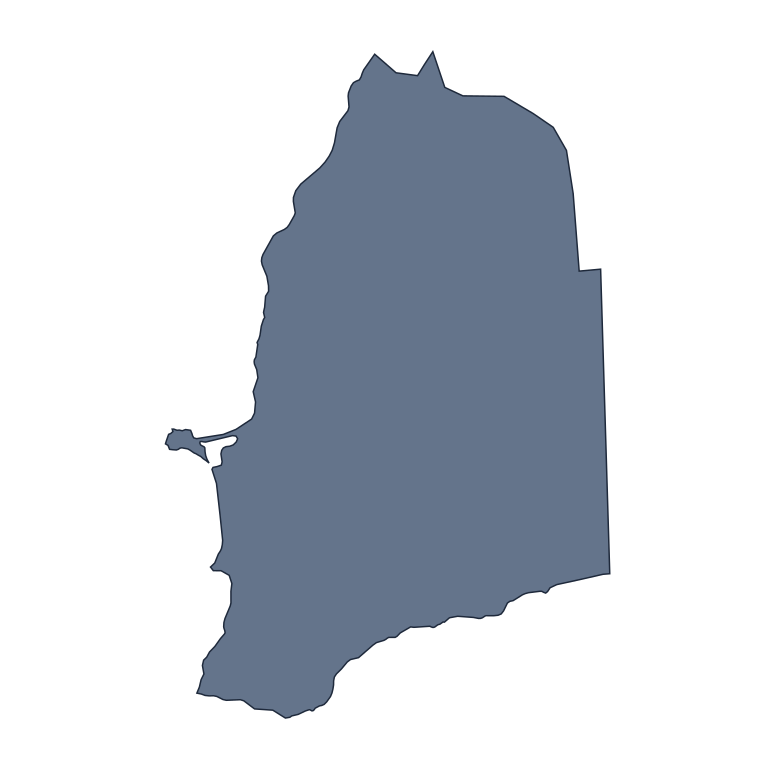 outline of Bari, rotated 178°
{"feature_id": "SOM-1", "entity_name": "Bari", "entity_type": "Region", "adm_level": 1, "iso_a3": "SOM", "parent_name": "Somalia", "parent_adm1": "", "projection": "orthographic", "projection_center": [50.532, 10.16], "detail": "fine", "context": "isolated", "style": "filled", "palette": "slate", "viewbox_px": 768, "rotation_deg": 178, "n_neighbors": 0, "source": "natural_earth", "source_scale": "10m", "svg_char_len": 3374}
<svg xmlns="http://www.w3.org/2000/svg" viewBox="0 0 768 768"><g transform="rotate(178 384 384)"><path d="M163.5,491.2L163.6,470.7L163.7,450.4L163.8,430.1L163.9,409.8L164.0,389.5L164.1,369.2L164.2,349.0L164.3,328.6L164.4,308.3L164.5,288.0L164.6,267.7L164.7,247.4L164.8,227.1L164.9,206.8L165.0,186.5L171.7,186.2L195.1,181.7L218.3,177.5L225.1,174.6L227.8,170.8L229.7,169.4L231.9,170.3L233.5,171.3L235.4,171.4L246.8,170.4L250.2,169.6L253.0,168.5L262.5,163.0L265.8,162.4L268.3,160.8L272.4,153.1L274.9,150.1L278.1,148.9L282.2,148.6L290.1,148.9L291.1,148.6L293.9,146.9L295.6,146.4L297.6,146.4L302.8,147.6L318.5,149.3L326.7,148.1L331.9,143.9L333.3,144.1L336.5,142.0L338.6,141.5L339.2,141.1L341.5,139.5L342.8,139.0L344.1,139.1L345.3,139.6L346.2,140.0L346.5,140.3L362.6,139.8L365.9,140.3L376.4,134.7L379.8,131.4L381.7,130.4L388.1,130.6L389.7,129.8L391.0,128.8L393.0,127.8L400.6,125.8L404.2,123.4L419.0,111.4L427.1,109.8L430.4,107.5L436.4,100.8L441.7,95.9L443.8,92.9L444.7,89.1L444.9,85.0L445.7,80.9L446.8,77.0L448.4,73.5L452.4,68.3L455.0,65.9L457.5,64.9L459.6,64.6L464.1,62.4L464.9,61.2L465.7,60.4L466.5,59.9L467.6,59.9L469.2,60.9L470.1,61.1L473.9,60.0L481.3,56.8L487.8,55.5L489.7,54.2L494.2,53.6L506.5,61.9L524.7,63.8L535.2,72.3L538.6,73.5L552.6,73.4L556.0,74.3L562.0,77.6L565.3,78.4L569.4,78.4L573.7,79.0L577.3,80.5L581.8,81.6L579.1,87.5L577.1,94.9L574.1,100.5L575.3,109.0L573.9,114.3L570.7,117.2L567.7,122.3L562.2,127.6L556.3,135.3L552.2,139.7L551.5,140.9L551.7,142.9L552.5,145.7L552.7,147.1L552.3,151.2L551.1,155.2L545.4,167.6L544.6,170.5L544.2,182.3L543.0,189.9L545.4,198.2L553.4,203.1L561.1,203.4L563.8,207.1L559.4,211.0L555.5,219.8L553.5,222.6L552.2,225.1L551.2,229.1L550.7,233.3L552.4,258.4L554.9,290.5L558.9,304.7L557.8,306.6L553.7,307.3L549.4,308.6L548.5,311.9L549.4,319.8L548.5,323.4L546.8,325.7L544.1,326.9L540.3,327.2L536.8,328.4L533.7,331.2L532.2,334.4L533.7,337.1L537.2,337.7L564.2,332.2L566.1,332.4L568.1,332.9L569.6,332.9L570.2,331.5L569.4,329.5L567.7,328.4L566.1,327.6L565.3,326.5L565.2,322.4L564.7,318.6L563.5,314.9L561.6,311.1L564.4,313.6L567.2,315.6L569.6,317.9L572.6,319.7L574.2,320.8L576.2,321.7L580.2,324.7L582.4,326.0L585.7,326.7L588.3,327.3L590.1,327.0L591.8,325.9L593.8,325.3L597.5,325.7L600.6,326.2L602.0,330.2L604.5,331.8L603.4,335.0L601.0,341.2L598.8,342.0L598.0,342.7L596.6,343.8L597.3,346.3L595.7,346.3L592.5,345.0L590.1,345.1L587.3,344.3L583.9,345.4L578.9,344.5L577.6,341.0L577.1,338.9L576.0,336.8L573.2,335.9L546.4,339.2L533.5,343.8L517.5,353.6L514.4,359.4L513.0,370.5L515.0,380.9L509.8,394.6L510.7,402.8L512.8,408.5L513.0,410.8L512.7,412.7L511.1,415.4L508.8,427.9L509.4,429.9L507.3,433.7L506.2,437.1L504.6,446.1L502.2,452.7L500.9,454.6L501.9,459.7L501.5,461.5L500.6,464.9L499.3,475.9L496.1,480.7L496.0,486.2L497.3,495.8L501.6,507.4L502.2,511.1L501.7,514.5L500.4,517.7L489.4,535.9L485.8,538.7L478.3,541.9L475.3,543.9L473.1,546.7L467.8,555.4L466.7,558.1L468.2,569.6L468.0,573.6L465.4,580.3L460.2,586.7L440.6,602.2L435.1,607.9L430.8,613.7L427.6,619.4L425.1,626.7L421.9,641.7L419.1,647.9L410.5,658.4L409.3,662.1L409.8,673.0L409.3,676.3L406.4,683.0L404.0,686.2L401.3,687.6L398.0,688.8L396.2,691.7L394.9,695.3L393.3,698.7L381.8,713.9L361.1,694.6L339.7,691.0L332.5,701.8L323.6,714.4L312.9,678.3L295.1,669.2L254.0,667.3L225.5,649.1L205.9,634.6L193.5,611.1L188.3,567.7L185.0,490.0L163.5,491.2Z" fill="#64748b" stroke="#1e293b" stroke-width="1.5"/></g></svg>